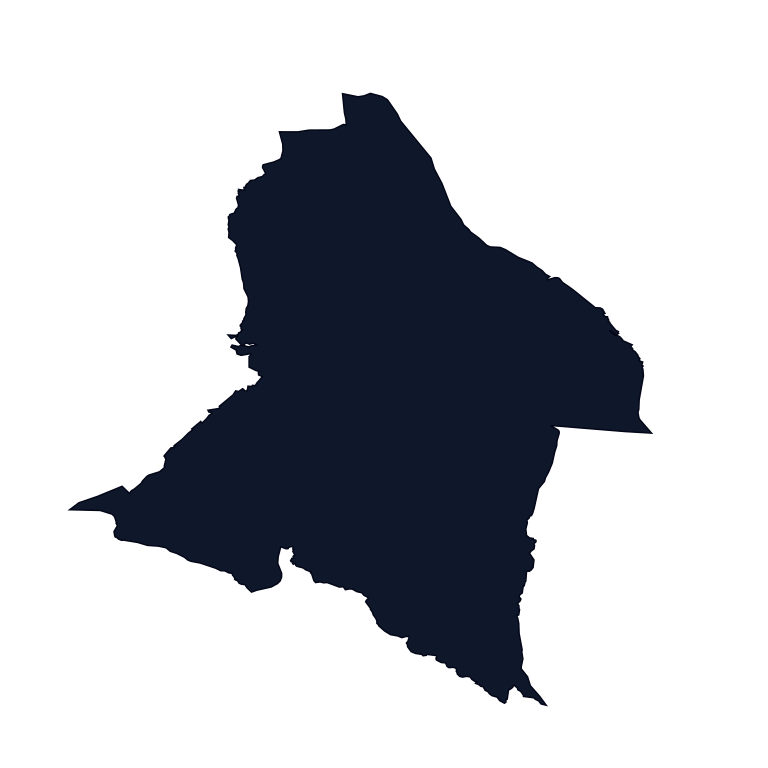 "Øvre Eiker" nor, Buskerud, Norway (Robinson projection), rotated 195°
{"feature_id": "86288312B28419209750879", "entity_name": "\"Øvre Eiker\" nor", "entity_type": "district", "adm_level": 2, "iso_a3": "NOR", "parent_name": "Norway", "parent_adm1": "Buskerud", "projection": "robinson", "projection_center": [9.827, 59.744], "detail": "fine", "context": "isolated", "style": "filled", "palette": "ink", "viewbox_px": 768, "rotation_deg": 195, "n_neighbors": 0, "source": "geoboundaries", "source_scale": "gbopen_adm2", "svg_char_len": 6171}
<svg xmlns="http://www.w3.org/2000/svg" viewBox="0 0 768 768"><g transform="rotate(195 384 384)"><path d="M460.1,661.2L472.3,661.2L478.0,657.1L483.4,654.7L499.2,653.7L492.4,635.7L489.4,630.0L487.5,624.6L490.5,624.1L498.4,617.2L501.9,615.4L522.2,609.8L532.5,605.2L550.3,600.5L543.9,589.5L542.0,583.2L541.9,575.4L543.1,573.7L547.9,569.9L557.4,564.5L557.7,563.2L557.3,561.6L552.6,556.6L554.0,555.3L555.3,552.8L559.2,550.7L561.8,547.5L565.8,546.0L565.5,545.1L566.5,544.6L566.4,543.8L568.5,541.2L568.9,539.3L568.4,538.5L570.2,537.6L568.9,535.0L574.7,534.3L574.1,533.5L574.9,532.6L574.1,532.0L574.2,530.6L572.4,528.1L574.5,527.2L574.5,525.3L570.5,518.6L570.9,517.7L570.5,516.3L571.6,515.5L572.3,514.0L572.8,510.4L576.7,507.9L577.0,506.0L577.7,504.9L576.1,501.7L575.6,497.3L574.4,495.9L574.6,493.3L573.0,490.6L572.0,485.3L567.7,483.6L562.6,480.6L562.2,479.8L562.6,477.0L562.0,475.4L562.2,473.9L559.7,472.1L559.4,470.1L557.4,467.5L552.7,459.3L548.1,448.7L545.8,445.3L543.9,439.8L537.8,432.9L536.2,428.5L535.8,424.4L536.6,421.3L536.1,417.5L535.2,415.1L536.3,410.9L535.9,410.0L536.7,408.4L536.6,406.5L538.1,403.6L537.7,402.6L536.6,402.6L536.7,401.2L536.0,399.9L534.6,399.3L535.6,398.4L536.1,396.8L537.7,395.8L537.7,394.0L539.8,392.6L547.3,391.0L543.3,388.3L539.1,391.9L538.0,392.0L538.9,390.0L538.7,389.1L531.6,384.7L528.7,385.1L529.0,386.9L528.6,387.5L526.7,388.0L524.3,387.6L520.5,389.8L517.3,388.8L523.1,385.9L523.1,385.0L531.8,384.5L534.4,382.5L540.8,382.3L541.4,380.0L535.6,378.5L533.7,375.0L529.4,374.7L520.4,378.9L520.2,377.5L521.4,375.6L518.7,365.4L511.3,363.9L508.0,363.8L508.3,362.4L507.5,360.3L503.4,359.7L505.8,354.6L505.5,354.6L506.9,352.7L507.9,349.1L510.7,348.7L511.3,347.3L514.8,346.7L514.4,343.2L515.2,341.5L516.2,341.3L519.3,342.9L522.5,339.1L525.5,339.0L527.0,334.4L537.3,319.9L536.6,317.8L547.3,313.1L545.7,311.5L544.0,312.0L542.6,310.8L544.8,308.6L546.6,304.2L549.8,298.9L551.3,300.4L558.1,290.8L556.9,290.2L560.0,286.3L564.7,278.2L570.4,270.6L570.6,270.2L569.4,270.2L570.4,269.1L570.2,268.6L573.4,267.0L577.6,258.1L577.8,257.4L576.3,256.7L576.4,256.1L575.2,255.1L575.0,247.7L574.2,246.8L578.1,241.1L587.5,235.2L589.1,233.5L592.1,227.9L592.9,225.1L598.0,217.9L600.3,215.6L601.7,212.5L610.5,217.4L631.6,201.3L648.0,190.3L655.1,181.2L625.4,188.4L613.0,187.9L610.0,186.2L606.7,181.1L606.7,180.0L604.8,178.3L606.6,171.6L604.9,167.8L604.1,166.7L602.0,166.5L600.4,165.5L597.0,165.1L595.1,165.8L581.0,167.2L570.7,166.9L560.0,169.0L552.1,169.4L547.2,167.1L540.2,166.7L532.0,165.0L527.9,163.2L524.6,162.8L515.2,163.5L498.9,162.5L493.6,161.4L489.4,162.3L485.0,161.4L481.7,161.8L480.9,160.3L478.0,158.1L477.8,156.8L476.9,156.3L474.7,156.2L472.4,154.1L469.9,153.7L466.3,154.2L463.7,151.8L458.1,148.7L453.5,151.9L440.3,158.8L435.2,163.7L433.4,166.7L432.9,170.7L433.8,174.5L440.2,183.2L441.5,189.7L441.6,200.0L435.9,199.5L434.1,200.1L433.8,201.4L431.6,203.0L429.3,203.1L429.4,201.0L428.2,201.0L428.8,198.8L425.9,195.8L427.2,194.1L426.5,193.5L426.6,192.4L427.9,191.7L428.5,189.1L427.8,188.4L426.2,188.2L425.9,187.1L425.0,186.4L423.3,187.8L422.3,186.0L420.9,185.4L414.4,185.4L411.3,184.2L405.8,183.6L406.1,182.7L404.6,181.7L400.9,176.0L398.7,174.5L394.4,176.3L391.0,176.3L387.5,177.5L374.6,176.3L370.8,177.6L368.1,175.3L364.4,177.1L361.6,177.7L356.5,176.4L351.3,176.6L348.9,174.8L345.1,173.9L343.5,172.9L345.0,170.6L345.4,168.9L339.0,163.8L338.8,162.8L336.5,161.0L334.6,158.2L331.1,155.3L329.5,153.2L328.9,150.9L327.1,150.1L326.6,149.1L319.3,145.5L312.8,143.6L305.4,144.2L301.1,143.6L297.4,145.8L294.5,146.6L294.2,146.2L294.3,141.7L295.3,139.6L293.9,138.2L293.2,136.3L288.5,132.5L283.8,131.9L277.5,132.6L275.9,131.6L272.9,132.9L272.8,133.6L272.2,134.0L263.2,135.2L262.5,134.7L262.8,132.4L262.0,131.0L256.7,129.8L252.3,130.5L250.1,127.6L247.9,126.8L243.7,128.3L241.2,128.1L239.8,126.8L239.9,125.3L238.4,123.8L238.3,123.0L235.3,121.2L232.3,121.2L228.8,122.9L225.1,123.4L222.6,121.4L218.2,119.9L217.5,120.7L216.8,120.4L218.0,118.5L215.0,118.3L212.1,117.0L209.9,117.3L207.0,114.3L203.9,113.7L201.9,112.0L199.0,110.9L193.7,110.8L190.3,108.1L185.0,106.8L183.9,108.3L184.5,110.2L183.4,111.5L184.5,120.5L182.1,123.0L181.1,124.6L180.9,126.3L180.3,126.7L176.3,124.8L175.6,123.3L172.4,122.5L168.8,119.5L168.4,118.3L157.9,119.7L156.5,118.7L152.5,117.9L149.5,115.6L144.2,115.7L152.8,122.6L164.6,130.5L169.6,138.4L177.7,144.4L178.3,146.7L178.7,154.4L181.5,160.7L181.8,163.1L188.9,177.9L191.9,187.7L194.5,192.9L196.0,194.5L194.1,195.8L194.7,201.3L195.6,202.1L196.2,204.6L198.2,206.5L196.2,210.0L196.4,210.8L196.1,211.2L196.4,212.2L198.3,213.1L198.4,213.9L198.2,215.6L196.4,217.9L197.1,223.6L196.9,225.0L196.4,225.3L196.5,229.3L196.0,230.2L197.7,239.4L197.1,240.4L195.2,240.7L193.8,242.3L192.5,245.3L193.6,252.9L199.7,258.2L198.5,260.9L196.4,263.6L196.8,267.1L198.0,268.5L196.5,270.5L196.5,271.9L197.1,272.4L199.4,272.3L199.8,273.4L203.6,273.0L207.1,274.6L209.5,280.6L209.6,287.0L210.8,289.5L209.1,292.1L209.3,292.8L208.6,294.6L207.6,295.0L207.0,297.2L206.8,302.8L207.7,322.9L203.8,331.4L203.8,335.0L202.2,341.9L201.0,351.1L201.5,362.1L201.2,369.1L202.2,374.1L202.0,381.8L202.7,383.7L204.0,384.6L212.6,387.0L139.2,400.4L112.9,405.8L127.4,415.6L128.9,417.1L130.9,421.3L131.4,422.6L131.3,425.3L133.4,434.6L135.5,459.0L137.8,465.4L139.0,466.5L138.4,468.4L139.9,469.0L139.8,472.2L143.3,472.4L143.7,472.7L143.3,473.2L143.7,474.2L143.4,474.7L146.0,476.6L146.1,477.4L149.6,480.1L152.9,481.3L152.9,482.4L153.5,482.9L154.9,483.2L155.2,484.5L154.4,486.1L164.8,487.7L164.9,488.4L168.3,490.6L171.5,491.3L173.3,490.9L179.0,493.0L179.8,493.7L179.3,494.2L172.2,491.7L170.5,493.6L171.7,494.7L171.3,495.3L173.9,495.8L181.3,501.0L182.0,502.1L183.6,502.2L183.3,503.0L183.9,504.6L185.1,505.6L185.5,506.8L187.6,506.3L190.6,508.1L190.5,508.7L188.9,509.4L192.3,512.9L194.8,513.4L199.7,512.4L226.7,524.3L237.8,528.3L241.8,531.3L243.6,531.6L246.4,531.0L253.2,526.9L253.3,528.8L251.8,530.7L256.4,531.8L260.5,534.4L266.5,536.4L272.3,539.2L287.3,541.1L301.4,545.2L307.1,546.0L316.8,543.9L320.7,544.5L329.6,549.3L339.9,553.3L342.2,555.3L348.3,558.3L352.1,562.8L365.5,573.0L380.0,592.8L390.9,604.5L397.1,614.4L435.9,642.2L441.1,648.3L454.2,659.4L460.1,661.2Z" fill="#0f172a" stroke="#020617" stroke-width="1.5"/></g></svg>